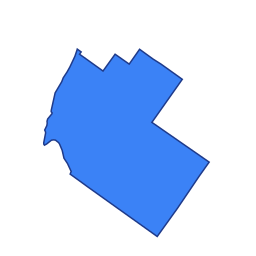 the district of Collier, Florida, United States of America, rotated 36°
{"feature_id": "52423323B17101546722120", "entity_name": "Collier", "entity_type": "district", "adm_level": 2, "iso_a3": "USA", "parent_name": "United States of America", "parent_adm1": "Florida", "projection": "orthographic", "projection_center": [-81.588, 26.16], "detail": "fine", "context": "isolated", "style": "filled", "palette": "blue", "viewbox_px": 256, "rotation_deg": 36, "n_neighbors": 0, "source": "geoboundaries", "source_scale": "gbopen_adm2", "svg_char_len": 739}
<svg xmlns="http://www.w3.org/2000/svg" viewBox="0 0 256 256"><g transform="rotate(36 128 128)"><path d="M91.1,57.5L91.4,75.6L74.2,75.9L74.3,96.6L58.5,96.7L57.0,96.7L45.4,96.8L45.4,94.0L40.6,94.0L40.8,94.5L42.9,101.2L45.1,112.7L45.8,118.6L46.1,125.4L47.2,129.6L48.4,142.4L55.5,158.8L56.3,160.0L57.6,160.3L58.1,161.2L57.7,167.9L58.5,170.1L59.8,171.6L60.9,173.7L61.8,178.6L63.5,179.6L64.3,180.5L68.5,189.5L69.4,190.6L70.5,191.0L71.6,188.7L73.2,182.9L74.8,181.3L76.6,180.4L77.4,180.5L80.4,180.6L82.0,181.2L87.8,184.7L94.0,190.1L99.9,192.3L107.6,196.6L108.3,199.3L130.7,199.3L215.4,198.6L215.2,163.8L213.9,125.2L213.7,107.9L144.0,109.4L143.3,56.7L117.2,56.9L107.8,57.5L91.1,57.5Z" fill="#3b82f6" stroke="#1e3a8a" stroke-width="1.5"/></g></svg>